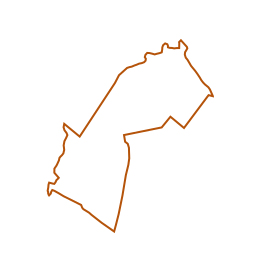 the district of Sepang, Selangor, Malaysia, rotated 218°
{"feature_id": "92858781B54424141725992", "entity_name": "Sepang", "entity_type": "district", "adm_level": 2, "iso_a3": "MYS", "parent_name": "Malaysia", "parent_adm1": "Selangor", "projection": "mercator", "projection_center": [101.701, 2.798], "detail": "fine", "context": "isolated", "style": "outline", "palette": "amber", "viewbox_px": 256, "rotation_deg": 218, "n_neighbors": 0, "source": "geoboundaries", "source_scale": "gbopen_adm2", "svg_char_len": 1655}
<svg xmlns="http://www.w3.org/2000/svg" viewBox="0 0 256 256"><g transform="rotate(218 128 128)"><path d="M180.8,92.0L179.2,88.9L176.6,87.1L173.5,86.3L171.4,85.1L170.6,81.9L170.0,78.5L168.0,74.7L164.8,71.5L164.1,69.9L163.3,68.2L163.3,65.9L163.6,63.8L163.6,62.2L162.5,60.0L162.2,58.7L161.6,56.3L161.2,54.3L161.0,50.7L158.5,47.4L151.9,46.1L152.0,44.6L152.3,42.9L151.7,40.4L151.7,38.6L153.0,37.9L156.5,36.4L155.7,34.3L154.3,32.2L152.6,29.0L151.3,28.3L151.0,27.6L149.4,26.5L148.7,26.3L148.6,27.4L148.5,28.8L149.2,30.3L149.5,32.5L147.2,33.2L145.1,33.5L142.7,33.9L136.8,34.6L117.5,38.5L115.4,37.2L114.1,36.7L112.9,36.6L106.6,37.3L103.3,37.1L101.4,37.1L99.0,37.1L97.1,37.1L94.8,37.1L92.7,37.1L90.2,37.1L75.2,37.9L77.6,43.6L82.3,54.3L90.7,71.2L100.7,89.6L105.0,99.1L108.3,104.8L115.1,113.0L118.5,115.4L121.8,115.4L126.8,120.0L101.8,149.2L101.5,163.0L83.9,162.5L84.7,201.1L84.7,203.5L83.2,204.2L80.7,205.3L80.8,205.4L80.6,205.3L87.2,208.8L89.8,209.6L94.1,209.7L96.9,210.1L99.6,210.8L102.6,212.0L106.8,213.4L110.3,214.4L113.5,215.1L116.6,215.8L119.8,217.1L123.1,218.4L125.8,219.0L128.4,220.8L129.7,222.9L129.9,224.9L130.3,227.3L131.6,228.2L140.3,229.7L140.6,227.1L139.9,226.5L138.0,224.0L136.9,222.5L138.8,221.0L140.6,219.2L142.7,218.1L144.5,216.8L146.2,216.2L147.3,217.5L148.6,218.2L150.8,217.5L151.3,214.9L150.6,212.7L149.3,210.8L148.0,208.4L149.1,206.6L151.0,204.2L152.3,202.4L154.8,201.4L157.2,200.3L159.1,199.0L159.3,196.4L158.4,194.2L156.5,193.5L155.6,191.8L155.8,189.8L157.1,187.6L158.9,185.5L160.2,183.1L161.5,181.1L162.8,178.7L164.3,176.9L165.7,174.8L167.6,164.1L166.0,155.5L160.8,91.5L180.8,92.0Z" fill="none" stroke="#b45309" stroke-width="2"/></g></svg>